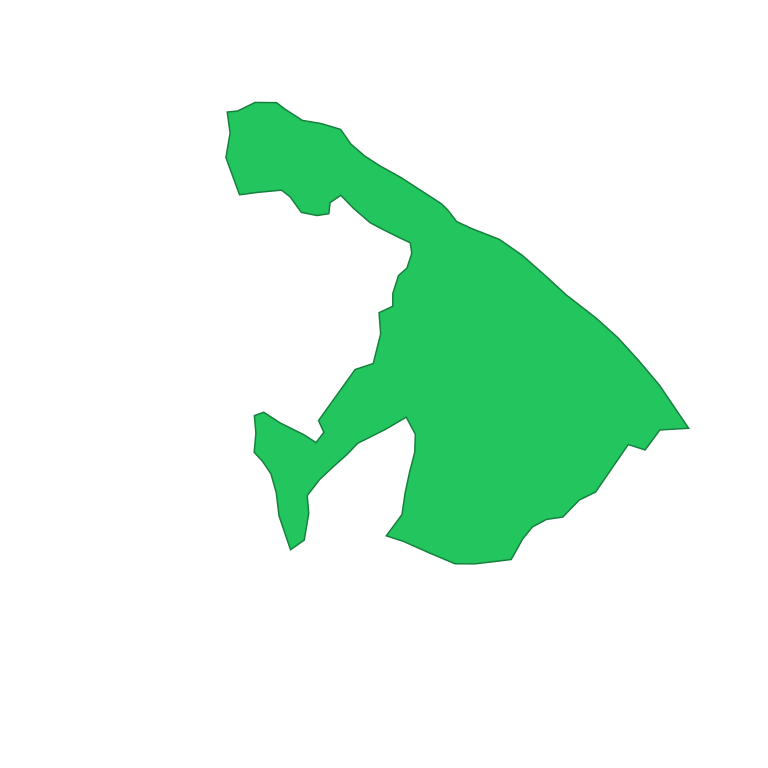 outline of Klepini, Cyprus, rotated 213°
{"feature_id": "46923920B25595466119807", "entity_name": "Klepini", "entity_type": "district", "adm_level": 2, "iso_a3": "CYP", "parent_name": "Cyprus", "parent_adm1": "", "projection": "mercator", "projection_center": [33.461, 35.306], "detail": "fine", "context": "isolated", "style": "filled", "palette": "green", "viewbox_px": 768, "rotation_deg": 213, "n_neighbors": 0, "source": "geoboundaries", "source_scale": "gbopen_adm2", "svg_char_len": 1311}
<svg xmlns="http://www.w3.org/2000/svg" viewBox="0 0 768 768"><g transform="rotate(213 384 384)"><path d="M663.6,526.7L649.8,510.7L639.9,487.8L608.2,464.0L594.3,475.9L575.5,490.8L564.6,489.8L546.8,482.9L531.9,488.8L523.0,496.8L528.0,506.7L523.0,518.7L505.2,514.7L483.4,511.7L471.5,512.7L453.7,514.7L438.8,516.7L431.9,508.7L427.9,493.8L430.9,482.9L426.0,464.9L419.0,454.0L427.0,441.1L414.1,424.2L404.2,395.3L416.1,380.4L419.0,317.7L408.1,310.7L409.1,297.8L424.0,297.8L449.7,294.8L469.5,294.8L475.5,286.9L464.6,272.9L455.7,256.0L443.8,253.0L429.9,247.1L415.1,234.1L400.2,216.2L372.1,194.1L365.9,209.7L376.7,234.6L387.6,248.6L386.0,268.8L381.4,287.4L376.7,304.5L373.7,320.1L358.2,346.5L347.3,368.3L330.3,358.9L321.0,343.4L314.8,324.7L307.1,304.5L297.8,284.3L299.4,257.9L282.3,262.5L252.9,267.2L226.6,271.9L209.6,282.8L181.7,306.1L183.3,329.4L181.7,344.9L174.0,358.9L161.6,369.8L157.0,393.1L147.7,408.7L146.2,466.2L129.1,470.9L127.6,495.7L104.4,512.8L152.3,533.0L183.3,542.4L212.7,550.1L242.1,554.8L279.2,557.9L307.1,562.6L338.1,567.2L366.2,568.1L394.2,562.3L411.5,559.8L425.5,564.7L433.8,566.4L452.7,566.4L482.4,566.4L506.3,564.7L524.4,564.7L542.5,567.2L559.0,573.9L578.8,568.1L596.1,560.6L616.7,560.6L627.4,561.4L645.5,549.9L655.4,533.3L663.6,526.7Z" fill="#22c55e" stroke="#15803d" stroke-width="1.5"/></g></svg>